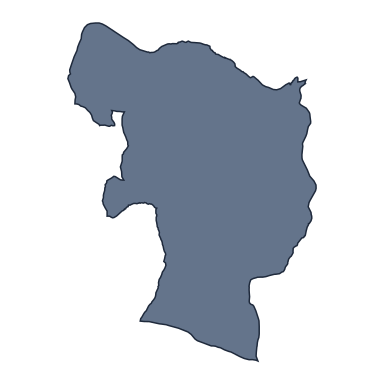 outline of Nyang'hwale, Mwanza, United Republic of Tanzania
{"feature_id": "72390352B96686223722654", "entity_name": "Nyang'hwale", "entity_type": "district", "adm_level": 2, "iso_a3": "TZA", "parent_name": "United Republic of Tanzania", "parent_adm1": "Mwanza", "projection": "albers", "projection_center": [32.613, -3.178], "detail": "fine", "context": "isolated", "style": "filled", "palette": "slate", "viewbox_px": 384, "rotation_deg": 0, "n_neighbors": 0, "source": "geoboundaries", "source_scale": "gbopen_adm2", "svg_char_len": 5820}
<svg xmlns="http://www.w3.org/2000/svg" viewBox="0 0 384 384"><path d="M107.1,216.2L108.1,216.1L109.9,216.3L111.0,217.1L112.5,217.8L113.9,217.6L116.6,216.0L122.2,210.9L123.3,210.5L123.9,209.8L124.2,209.8L124.6,209.5L124.6,208.9L125.6,208.8L126.3,207.5L126.7,207.3L127.5,206.7L128.0,206.7L128.2,206.4L128.4,205.2L129.3,205.1L130.0,205.2L130.6,204.8L133.5,203.5L134.7,203.4L136.1,203.5L136.7,203.7L137.4,203.6L138.2,203.2L138.8,203.2L139.3,202.7L140.2,203.2L141.0,202.8L142.3,202.8L143.1,203.1L143.9,203.0L144.4,202.5L146.2,202.9L146.9,203.6L148.3,204.2L149.7,203.7L150.7,204.1L151.6,204.1L152.9,205.1L153.5,205.8L154.2,206.5L154.4,207.1L155.0,207.5L155.5,208.0L156.7,208.2L155.9,209.7L155.9,213.2L156.8,214.9L156.6,215.9L156.7,216.1L156.5,216.7L156.2,217.1L156.2,220.5L156.7,222.6L157.2,225.7L157.2,226.5L157.6,227.4L158.0,227.7L158.2,229.4L158.9,230.8L159.4,232.4L159.1,235.0L160.7,238.5L161.0,239.7L161.7,240.7L162.3,242.8L162.4,244.4L163.1,246.1L163.7,249.1L164.4,251.4L165.4,253.0L165.7,254.9L165.2,255.6L164.6,258.6L163.8,261.5L165.5,262.9L165.9,265.4L165.0,267.8L164.0,269.8L162.4,272.1L161.7,274.6L160.5,277.4L159.2,279.4L158.5,282.6L158.7,285.5L158.0,286.6L158.2,287.9L157.4,289.5L155.9,292.9L155.8,294.4L155.5,296.3L154.9,297.9L153.7,299.7L151.9,301.9L151.3,303.3L150.0,304.3L148.6,306.0L146.3,310.7L144.7,312.3L143.5,314.2L142.0,316.9L140.7,318.7L140.2,321.1L144.1,321.5L149.2,321.6L159.3,323.8L162.0,324.1L163.2,324.3L166.2,324.7L169.0,325.6L178.5,328.2L188.0,332.0L191.2,334.4L195.0,339.0L197.4,340.7L211.2,345.9L213.0,345.9L215.5,346.2L218.2,347.3L220.4,347.7L224.4,349.8L228.7,351.4L231.0,352.0L239.7,356.5L244.3,358.5L249.1,359.7L252.3,359.6L256.0,360.2L257.9,361.0L256.1,356.2L256.3,352.4L256.8,347.1L256.8,346.7L257.0,346.4L257.1,345.5L257.4,342.4L258.0,339.7L258.8,337.6L259.1,335.0L259.2,333.7L259.2,326.6L259.0,320.9L258.5,319.0L255.8,310.7L253.8,306.2L252.8,305.0L251.2,304.4L250.3,303.8L249.9,303.2L249.5,302.9L249.2,301.2L249.6,296.7L249.3,293.3L249.1,289.8L249.2,286.7L249.0,286.3L249.7,282.7L250.7,279.9L252.2,279.0L253.6,278.4L255.9,277.8L257.6,277.2L259.1,277.2L259.9,277.1L262.9,277.1L266.0,276.6L269.5,275.5L274.3,274.3L276.0,274.2L279.5,273.7L281.8,272.1L283.3,271.6L284.1,270.5L284.9,268.9L285.0,268.1L285.6,266.7L287.0,264.9L287.7,263.8L287.8,261.9L288.1,261.4L288.2,260.6L288.8,258.8L290.1,257.1L291.3,256.1L293.1,252.8L293.0,250.7L293.2,249.9L293.1,249.5L293.2,248.3L294.1,247.2L296.0,246.0L296.9,245.7L297.4,244.9L297.7,243.2L301.7,238.1L302.5,237.8L303.3,237.7L303.2,237.7L303.6,237.5L304.4,236.2L304.6,236.3L305.3,235.3L306.2,230.9L307.2,227.1L308.4,224.9L308.5,223.6L309.2,223.6L311.0,220.9L311.8,218.3L311.7,216.1L311.2,214.4L311.0,212.4L308.2,206.8L309.0,202.6L310.2,200.2L315.5,190.8L316.1,188.4L316.0,185.0L313.9,180.9L309.8,176.2L307.4,170.1L302.4,160.0L302.0,158.1L301.9,154.8L302.8,146.3L302.5,144.2L302.6,143.0L305.8,136.4L306.8,133.7L307.6,129.5L308.3,126.6L310.6,123.3L310.7,121.5L310.1,117.0L309.8,114.0L309.3,112.5L306.3,108.2L301.2,105.2L299.6,103.7L299.3,102.9L300.5,99.3L300.6,98.8L300.9,98.6L301.1,95.8L300.9,94.6L300.6,93.9L299.8,91.2L299.7,89.6L300.0,88.4L300.3,87.8L301.5,86.4L303.1,85.4L303.5,85.0L305.1,83.8L304.8,83.7L305.2,82.5L305.2,81.7L306.1,79.9L300.4,81.7L297.8,81.9L297.9,78.2L297.3,77.2L296.8,77.2L295.2,78.1L294.3,79.2L294.0,79.9L293.7,80.2L293.2,80.5L292.8,81.0L292.7,81.6L292.4,82.0L291.7,82.4L291.6,82.9L290.9,83.3L290.5,83.8L290.4,84.1L290.7,84.6L290.4,84.7L290.1,84.6L290.1,84.2L289.7,83.8L290.0,83.8L289.8,83.3L289.4,83.1L288.9,83.1L288.4,83.3L287.9,83.7L286.0,84.6L280.6,88.6L276.7,89.8L273.3,89.5L268.5,87.4L265.8,86.7L262.4,84.9L257.9,80.1L257.1,79.5L254.1,76.9L253.0,76.4L252.1,76.9L251.3,77.4L250.3,77.7L248.8,76.6L246.0,73.9L244.1,72.8L243.0,71.7L242.2,71.7L241.3,71.3L240.9,70.6L236.9,68.1L235.2,66.6L235.2,65.7L235.1,65.4L234.9,63.8L233.6,62.1L231.5,60.3L230.1,59.7L230.0,59.4L229.5,59.5L226.7,58.4L224.9,57.5L224.9,58.0L222.8,57.1L219.7,55.4L218.4,54.5L216.9,54.3L215.6,54.0L215.0,52.7L214.5,52.7L214.1,52.5L213.3,51.7L212.7,51.4L212.6,50.8L212.4,50.4L212.0,50.4L211.3,50.1L210.7,49.1L210.1,48.4L209.9,46.3L209.1,45.9L207.4,45.2L206.9,44.9L205.2,44.8L204.1,44.4L203.4,44.3L203.4,44.2L201.0,43.3L199.7,43.0L194.8,42.6L191.0,42.4L188.3,41.1L187.0,41.7L186.4,42.3L185.1,42.3L182.6,41.2L181.6,41.3L180.3,42.0L179.0,42.1L178.0,42.5L177.9,43.3L176.6,43.7L172.4,43.6L171.0,44.0L169.2,43.8L167.5,44.0L161.7,46.5L159.4,48.4L158.1,50.1L157.0,50.5L154.5,52.1L153.0,52.4L151.6,52.4L149.7,52.7L148.8,52.1L148.2,52.0L147.6,52.1L139.8,49.7L136.6,47.6L133.4,44.6L128.4,40.6L123.1,37.3L105.9,25.9L102.3,24.0L99.1,23.0L95.6,23.0L90.5,23.5L87.4,24.7L84.5,27.6L82.5,31.8L81.6,34.3L81.2,38.8L79.2,43.2L77.7,47.1L77.0,50.5L74.2,56.6L71.5,64.4L69.7,69.9L69.9,72.3L70.5,73.9L68.6,75.6L67.9,78.7L69.5,82.6L71.2,87.6L72.0,89.1L74.9,93.4L75.7,96.9L75.1,99.9L74.9,103.9L77.1,104.0L79.0,104.6L80.8,106.1L82.8,106.6L85.4,107.8L87.8,110.5L89.9,112.4L91.6,115.2L92.4,118.1L93.4,120.6L97.4,123.3L98.9,124.2L99.7,125.6L100.4,125.2L103.2,125.2L104.9,125.1L108.5,126.2L109.7,126.3L110.7,125.6L111.5,125.3L112.9,125.8L114.6,125.6L114.7,124.1L114.0,122.4L111.7,119.2L111.7,117.3L111.3,115.3L112.3,113.0L112.4,111.9L111.7,110.5L114.9,110.9L116.7,111.4L120.1,111.5L122.3,111.9L124.4,111.9L122.4,116.2L122.1,118.9L122.1,125.1L122.8,127.6L123.7,132.3L125.9,137.2L126.7,139.7L127.7,141.7L127.8,145.0L128.4,145.8L126.6,148.8L123.6,152.3L123.6,153.1L123.3,154.0L122.3,154.8L122.2,156.3L122.2,161.2L120.4,166.9L121.6,171.6L121.9,176.8L123.8,180.1L122.3,180.1L120.4,179.8L115.3,176.6L113.8,176.3L111.6,178.0L107.8,180.1L106.8,180.9L106.8,182.2L106.2,183.6L105.2,184.5L105.4,187.0L104.9,187.7L104.7,190.3L104.4,191.5L103.8,193.4L103.4,195.3L103.4,197.8L102.4,200.9L103.0,202.3L103.2,204.0L105.2,207.9L107.1,211.1L107.1,216.2Z" fill="#64748b" stroke="#1e293b" stroke-width="1.5"/></svg>